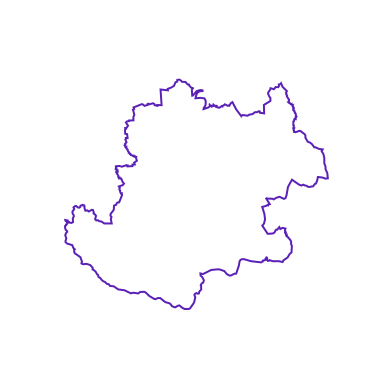 Pluak Daeng, Rayong, Thailand, rotated 151°
{"feature_id": "78962969B8046097083868", "entity_name": "Pluak Daeng", "entity_type": "district", "adm_level": 2, "iso_a3": "THA", "parent_name": "Thailand", "parent_adm1": "Rayong", "projection": "natural_earth1", "projection_center": [101.223, 12.976], "detail": "fine", "context": "isolated", "style": "outline", "palette": "violet", "viewbox_px": 384, "rotation_deg": 151, "n_neighbors": 0, "source": "geoboundaries", "source_scale": "gbopen_adm2", "svg_char_len": 6029}
<svg xmlns="http://www.w3.org/2000/svg" viewBox="0 0 384 384"><g transform="rotate(151 192 192)"><path d="M323.1,198.7L324.2,196.3L324.2,195.2L321.2,189.1L322.0,184.3L323.2,183.5L323.3,182.9L322.2,181.6L319.0,180.2L316.4,177.4L315.6,173.7L316.5,172.4L315.6,171.1L314.9,168.9L314.9,166.0L314.4,165.2L314.9,162.9L313.9,161.2L313.7,159.2L313.0,157.2L311.7,155.4L311.0,153.0L309.5,151.7L309.3,149.7L306.2,147.5L303.8,142.6L298.6,138.7L294.6,133.0L292.2,132.4L288.1,129.3L285.7,129.7L282.0,127.7L281.2,126.5L279.8,121.9L277.2,117.3L276.0,116.0L273.3,115.8L271.2,114.6L268.8,108.7L265.7,105.6L265.1,104.3L264.9,102.0L263.7,100.3L262.4,99.2L259.6,99.4L258.0,98.9L256.5,95.2L255.2,93.3L251.9,91.4L250.3,91.1L244.5,93.9L243.0,95.1L240.2,98.3L239.8,100.8L239.2,101.4L237.2,101.5L236.2,100.2L235.2,99.9L234.0,101.3L231.2,102.3L229.5,105.6L229.6,106.2L227.9,107.3L226.1,107.3L224.4,109.1L224.3,112.6L225.0,114.8L224.1,116.7L222.2,114.9L212.9,114.5L206.8,111.8L205.3,110.8L202.0,107.1L201.4,103.4L199.8,100.8L198.4,100.1L194.6,100.0L192.9,99.2L186.6,105.0L184.1,108.2L182.5,109.1L180.8,109.0L178.9,107.9L174.2,103.1L165.8,97.0L163.8,96.9L163.3,97.7L160.5,96.8L160.1,97.9L159.1,97.9L158.5,99.4L158.3,97.6L159.1,96.2L159.0,94.9L157.9,94.5L157.1,94.7L154.9,92.3L149.5,89.3L146.7,86.8L145.1,87.9L140.1,88.4L136.7,90.4L134.3,90.9L130.8,96.4L130.5,98.8L129.7,99.7L129.3,101.2L129.3,103.0L130.0,105.2L129.8,105.7L130.8,107.6L130.6,108.5L130.0,108.3L129.7,108.9L130.3,109.4L130.3,111.5L130.0,111.9L129.5,111.6L129.2,113.6L128.0,114.7L130.3,116.8L132.7,116.8L132.7,119.0L135.7,117.7L136.4,118.2L137.4,118.1L138.5,117.1L140.4,116.4L142.1,116.8L146.1,118.8L146.8,128.5L144.3,129.5L141.3,132.8L139.3,137.8L137.8,144.9L134.2,144.0L132.5,144.0L132.0,143.4L131.2,144.0L129.9,143.7L130.3,151.1L129.7,150.0L124.8,147.0L124.1,145.9L121.3,146.1L117.8,145.4L114.9,141.4L113.2,141.3L111.1,143.1L105.6,149.9L98.6,154.3L94.7,146.4L93.3,144.7L91.0,144.4L90.3,143.2L88.7,141.8L88.0,140.2L86.6,139.4L83.3,138.3L80.5,139.5L79.5,139.3L77.1,141.2L74.6,144.1L71.0,141.5L68.8,139.0L66.6,138.1L64.5,142.9L64.1,147.3L62.9,149.5L62.4,152.9L59.7,157.8L58.7,161.4L58.8,165.0L57.1,165.9L60.0,168.1L62.5,171.4L63.4,171.8L63.9,175.8L64.9,178.1L66.4,179.9L66.5,184.6L65.5,186.2L65.4,187.8L67.6,192.8L68.3,193.4L72.4,194.1L73.7,195.1L72.9,196.3L73.1,197.2L71.6,198.3L72.3,199.0L71.0,200.1L70.7,200.8L71.0,201.3L69.1,204.6L68.6,204.5L67.0,206.2L66.0,205.4L65.0,207.3L64.6,207.0L64.0,207.4L64.2,207.8L63.4,210.2L63.7,210.8L63.3,211.3L63.6,212.7L63.1,213.1L63.7,214.8L63.1,215.2L62.7,217.0L62.2,216.4L62.1,216.7L62.1,219.0L61.7,219.3L62.4,219.6L62.8,220.5L62.4,220.9L63.1,221.1L63.2,222.1L63.8,222.6L64.2,223.7L63.6,223.6L63.4,224.7L62.8,224.9L62.4,225.8L62.7,229.4L62.2,229.9L62.3,231.5L61.8,231.8L61.8,233.2L60.1,234.2L61.8,240.1L61.4,243.9L62.3,243.4L63.9,244.0L64.7,242.4L65.7,241.9L68.0,243.2L70.5,242.2L73.0,244.7L74.0,243.6L77.1,242.1L77.7,241.3L78.1,238.6L77.9,236.1L79.3,233.6L86.9,233.3L90.8,225.8L94.2,228.4L93.7,229.5L94.2,230.2L96.5,230.3L98.3,231.3L101.3,230.8L104.1,231.8L106.4,231.8L110.3,234.7L111.4,234.8L112.1,234.4L113.3,242.8L113.1,251.0L115.2,250.8L117.4,249.4L117.7,249.9L118.8,249.9L120.8,252.8L122.5,252.3L123.7,252.7L124.0,252.2L124.4,252.7L127.0,252.4L127.6,252.7L129.0,254.0L128.6,255.4L129.2,255.8L130.0,255.4L130.9,258.0L131.9,256.9L133.1,257.1L133.7,257.7L133.2,258.1L133.6,258.5L133.5,258.0L133.8,257.8L134.2,259.4L134.8,258.5L136.5,258.0L141.7,258.9L141.0,259.8L138.6,261.0L137.7,261.9L135.8,265.1L135.7,267.8L138.9,270.2L143.5,272.3L141.1,274.9L139.1,276.2L136.5,276.4L133.8,275.2L133.5,275.8L135.4,277.2L139.1,278.0L144.4,275.9L145.1,276.1L142.8,281.1L141.5,282.2L140.1,282.3L141.4,282.7L142.1,283.6L142.8,286.3L142.5,287.4L143.7,288.3L144.4,291.4L147.3,293.2L147.5,294.5L148.5,296.4L150.5,297.2L151.5,295.7L153.1,296.0L156.3,293.6L159.8,293.4L163.2,294.0L163.8,292.6L169.8,296.9L176.5,282.7L180.2,284.9L180.5,284.2L181.3,284.8L182.6,286.1L182.3,287.3L183.1,288.5L187.3,289.5L187.2,290.2L188.0,290.6L188.5,289.7L191.7,290.3L192.7,292.7L193.5,293.2L202.1,294.3L202.4,292.6L203.7,292.6L205.0,287.5L207.0,285.9L208.5,283.0L212.4,285.1L212.8,284.6L214.7,285.3L216.1,284.8L215.8,281.0L218.5,279.7L219.3,280.2L219.5,279.2L220.0,279.3L220.8,278.3L222.2,275.3L220.7,274.0L222.2,270.4L223.7,271.3L224.1,270.4L224.8,270.2L225.2,267.2L227.0,266.7L227.1,266.0L228.3,265.6L228.2,264.1L227.6,263.7L228.3,263.3L227.8,262.6L228.3,262.0L227.7,260.3L228.2,259.4L227.9,257.4L228.3,257.0L227.8,256.5L228.0,255.5L227.3,255.1L227.6,253.9L226.2,252.7L225.9,251.4L225.2,251.1L224.9,251.5L223.9,249.9L224.6,249.8L224.4,249.2L225.0,246.1L228.4,245.7L228.7,243.8L230.8,244.8L231.5,243.5L235.9,245.6L235.5,246.3L236.2,246.5L236.2,247.2L240.9,248.1L243.1,250.1L246.1,251.4L246.7,250.2L246.5,249.5L247.6,249.1L246.9,247.6L247.5,247.2L246.6,246.9L246.8,246.4L247.5,245.3L248.8,245.4L248.5,242.1L249.2,241.0L248.8,240.6L249.2,239.5L248.2,239.4L248.3,238.5L247.4,238.0L247.8,234.4L247.4,232.3L249.2,231.6L253.3,232.3L253.1,230.6L254.1,229.9L254.4,228.9L254.1,228.2L254.7,227.3L254.9,225.4L254.2,225.1L254.7,224.6L254.3,224.0L254.7,223.2L260.7,218.3L262.3,218.9L263.4,218.6L264.4,217.6L266.8,217.9L269.1,214.3L273.8,212.3L274.8,210.8L274.5,209.2L276.1,207.7L277.5,203.4L284.0,207.0L285.4,210.0L287.3,211.4L287.9,212.9L289.5,213.5L289.9,215.2L287.5,217.7L287.7,219.4L288.5,221.0L287.7,222.0L287.4,224.4L288.3,225.0L291.7,225.0L292.5,226.7L294.3,227.3L293.9,229.9L292.8,231.9L292.9,232.9L293.9,233.1L294.1,233.8L296.1,234.1L297.0,233.1L298.0,232.9L299.3,233.8L300.2,236.0L300.9,236.4L303.1,236.0L303.3,234.2L306.1,232.8L306.9,230.9L306.7,229.2L307.0,228.2L309.1,226.6L310.7,223.3L312.4,223.4L314.0,224.6L314.0,225.3L315.2,226.3L314.5,227.3L316.4,228.9L316.6,228.0L316.1,227.5L316.1,226.5L315.4,226.1L315.7,225.3L317.0,224.5L318.0,224.6L318.3,223.9L319.5,223.8L320.1,222.9L320.8,220.4L320.3,219.0L320.4,217.7L322.0,217.2L323.8,215.7L324.4,212.4L326.5,210.3L326.9,209.5L326.2,207.4L322.5,203.6L322.9,200.6L322.3,198.8L323.1,198.7Z" fill="none" stroke="#5b21b6" stroke-width="2"/></g></svg>